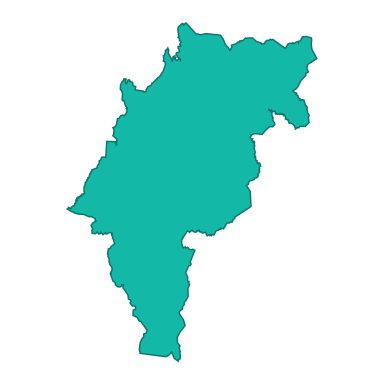 the district of Karaga, Northern, Ghana
{"feature_id": "2480657B76285553918092", "entity_name": "Karaga", "entity_type": "district", "adm_level": 2, "iso_a3": "GHA", "parent_name": "Ghana", "parent_adm1": "Northern", "projection": "natural_earth1", "projection_center": [-0.451, 9.918], "detail": "fine", "context": "isolated", "style": "filled", "palette": "teal", "viewbox_px": 384, "rotation_deg": 0, "n_neighbors": 0, "source": "geoboundaries", "source_scale": "gbopen_adm2", "svg_char_len": 5919}
<svg xmlns="http://www.w3.org/2000/svg" viewBox="0 0 384 384"><path d="M177.5,360.7L177.8,360.2L178.2,361.0L179.3,358.9L179.9,359.0L180.4,355.8L179.7,352.9L180.3,351.6L179.6,351.0L179.8,349.5L179.1,348.2L179.9,346.0L177.5,343.0L177.0,337.8L180.0,332.1L185.1,325.5L183.3,319.6L179.3,313.7L179.2,312.4L180.4,310.4L182.3,309.4L182.7,306.7L184.4,304.2L184.2,302.4L185.9,300.7L188.1,296.4L187.9,288.5L189.5,284.8L188.6,282.8L189.0,281.5L188.1,281.4L187.6,280.2L187.6,276.8L185.7,273.0L188.6,265.8L190.3,265.5L191.0,264.4L190.9,263.2L190.0,262.5L194.8,250.3L192.8,249.2L191.4,249.8L189.2,249.3L187.7,247.3L185.7,247.9L185.3,246.8L183.7,247.9L183.0,247.6L181.7,243.8L181.6,239.9L187.1,231.3L188.5,231.2L189.4,232.3L192.0,230.3L193.5,231.7L195.6,232.2L197.0,231.6L197.2,230.6L199.3,230.3L199.1,231.5L200.5,232.1L201.5,231.7L202.3,233.1L205.4,232.3L207.2,235.8L209.1,234.7L209.7,235.6L210.5,234.7L211.2,235.7L212.1,234.6L213.9,235.0L216.0,230.9L218.6,230.0L220.3,228.5L220.7,229.1L222.0,228.4L223.7,228.9L223.9,227.6L224.8,227.0L226.6,223.2L229.5,222.9L230.9,221.8L232.0,222.2L233.6,218.9L234.7,218.6L235.0,217.0L251.0,206.5L250.2,191.2L246.4,185.6L248.3,184.2L248.9,181.8L249.9,180.9L254.0,179.6L255.0,177.8L256.3,177.9L257.7,176.9L258.2,175.6L257.7,174.8L259.8,171.5L258.9,170.2L259.5,168.8L259.4,166.6L260.7,166.1L259.7,163.2L258.6,162.9L258.1,164.0L257.8,163.7L256.9,162.0L257.2,160.9L256.4,160.7L255.5,158.8L255.6,157.0L254.7,157.1L255.2,156.1L254.4,153.8L255.1,153.3L255.1,151.5L254.2,148.6L254.2,146.2L254.7,146.1L254.2,142.8L253.7,142.6L254.5,142.4L254.4,141.5L251.8,140.7L252.6,139.0L251.1,139.1L250.2,136.7L251.1,135.9L250.9,135.3L254.1,133.6L262.3,134.3L265.6,130.2L269.7,126.7L272.7,126.7L274.6,125.0L274.7,123.5L272.7,119.8L273.0,117.7L271.8,115.0L272.0,113.0L269.7,110.4L268.9,110.4L268.8,109.5L271.1,110.6L271.6,110.1L273.0,111.8L274.8,111.1L275.4,111.8L275.2,113.0L276.3,113.3L276.0,114.1L278.0,114.3L279.2,113.7L279.9,114.3L280.4,113.7L281.4,114.1L281.3,114.8L282.0,113.8L282.4,114.5L283.6,114.4L283.7,115.5L284.4,115.1L285.5,116.7L285.5,118.9L286.0,118.5L286.8,119.6L287.8,119.6L289.2,123.2L290.5,123.0L292.6,123.9L294.4,125.8L295.5,129.0L297.1,127.7L298.8,127.8L299.6,126.2L305.2,126.4L309.0,122.7L308.4,118.3L309.1,114.9L307.6,113.0L307.2,109.9L306.6,109.2L307.3,108.2L307.0,106.9L305.9,106.4L306.1,105.5L305.4,105.1L303.9,100.0L301.9,99.7L300.4,100.6L299.7,99.8L300.2,98.8L298.3,97.9L297.9,95.6L296.0,94.4L296.7,93.7L296.3,93.0L294.4,92.4L293.5,91.2L293.3,91.7L293.3,90.8L292.2,90.8L295.2,89.6L297.4,87.4L301.1,80.3L305.9,75.4L305.7,73.4L308.3,72.0L306.8,68.1L307.8,64.3L316.8,58.6L311.9,49.3L311.2,44.4L311.7,39.7L311.2,37.9L306.7,36.6L303.4,36.6L302.7,37.5L302.3,37.1L300.9,40.0L299.7,41.2L298.5,41.3L298.4,42.2L298.1,41.6L297.2,41.7L293.8,43.6L292.9,42.7L292.4,43.5L289.9,43.2L288.0,44.0L285.3,48.5L272.8,39.4L271.4,39.9L270.3,39.2L269.2,40.3L266.6,40.4L264.9,42.3L264.7,43.4L261.7,44.2L260.9,42.8L256.5,41.6L252.5,37.9L245.3,38.2L242.6,40.9L240.2,40.7L239.1,41.7L239.4,42.2L237.9,42.1L236.0,43.8L231.5,45.2L231.8,47.6L230.9,48.4L230.8,49.7L229.8,50.2L228.3,47.6L225.4,44.7L223.2,39.1L220.4,35.2L205.7,33.6L201.0,34.8L195.8,33.7L186.5,23.5L185.6,23.0L183.9,25.0L183.1,24.6L183.2,23.9L182.0,23.6L178.4,27.0L177.8,29.2L178.8,36.3L178.0,37.5L179.6,38.4L179.4,40.7L180.5,41.0L181.0,42.0L179.8,44.3L180.8,46.2L178.1,46.5L178.1,48.3L178.8,48.7L179.5,51.3L179.1,52.2L176.4,52.8L176.1,53.9L177.5,56.9L180.3,58.9L180.3,60.2L178.9,58.9L176.5,60.5L175.2,59.1L175.6,57.9L174.6,58.4L175.0,55.8L173.1,56.7L172.2,61.6L171.5,59.1L168.4,53.4L168.7,50.3L167.8,48.0L166.5,50.1L165.4,50.3L165.5,52.3L164.3,55.3L163.4,55.9L163.8,58.6L163.3,61.0L165.2,62.2L165.4,65.0L163.1,71.3L159.3,77.0L157.4,77.9L156.9,79.5L156.4,79.3L152.7,83.1L152.0,83.1L151.3,85.3L148.0,86.7L146.1,89.8L146.3,90.9L144.8,92.1L143.4,91.7L143.3,91.1L135.4,89.9L135.0,89.0L135.8,86.8L133.1,85.6L132.5,82.3L129.6,81.3L129.8,80.4L129.0,79.7L127.7,80.4L126.7,83.3L125.8,83.7L125.3,80.5L126.1,79.6L125.7,78.8L123.9,79.0L123.3,80.7L122.2,81.5L120.6,84.8L120.3,89.3L121.5,90.5L122.6,93.5L122.1,99.5L122.7,100.7L123.7,100.4L124.1,101.0L125.5,105.9L127.3,107.9L126.4,108.5L127.0,109.3L126.9,111.7L125.6,114.2L124.4,115.6L122.6,115.1L120.7,115.8L118.9,118.5L117.5,118.6L116.4,124.6L115.0,126.9L112.9,127.7L113.9,129.2L114.0,131.1L113.6,134.5L112.9,135.8L116.7,138.9L116.7,144.7L116.1,145.1L115.2,141.7L106.8,141.4L105.8,157.1L101.8,157.1L100.4,160.3L99.1,161.0L99.5,162.7L97.3,166.1L97.0,167.9L91.7,170.0L91.8,171.1L90.3,173.0L90.5,174.0L89.7,174.1L88.9,177.3L87.9,177.9L87.6,179.5L86.7,179.9L86.8,181.0L85.3,182.5L84.9,185.7L84.1,186.8L84.0,191.1L84.6,193.7L81.9,194.2L81.7,195.9L80.4,195.5L80.2,196.8L78.6,196.9L78.5,197.8L78.0,197.3L77.5,198.3L77.0,198.0L76.0,199.9L77.2,200.3L75.8,201.2L76.0,203.0L74.9,203.2L74.4,205.9L73.1,205.9L71.4,207.2L70.9,208.6L68.5,207.4L68.4,208.3L67.2,209.0L72.0,211.8L73.6,212.0L74.2,212.9L79.1,214.2L83.4,214.3L89.1,216.7L91.3,216.5L95.2,218.6L95.2,220.2L96.0,221.1L92.8,222.9L91.1,225.3L92.7,229.1L91.9,230.1L92.1,233.3L95.4,233.7L97.2,232.0L98.8,234.0L100.4,233.6L101.0,232.3L103.0,234.7L105.5,232.8L106.0,233.9L107.0,234.0L109.2,232.5L111.8,232.9L112.2,234.1L111.6,234.2L111.8,235.5L112.8,236.6L112.5,238.4L113.8,239.7L113.5,240.6L114.8,243.5L111.2,246.4L110.4,248.1L108.4,248.9L107.5,254.1L108.1,254.8L108.0,256.9L109.1,258.3L109.0,261.3L109.9,264.8L111.8,266.8L112.1,270.0L110.3,273.7L111.0,273.9L110.8,275.0L112.9,281.0L115.1,282.6L115.5,284.9L117.7,286.7L120.0,287.0L121.6,286.0L122.0,284.6L123.3,284.9L123.0,287.7L128.0,295.1L128.5,299.3L130.8,300.1L131.0,301.6L130.0,302.9L132.4,306.0L134.4,305.8L135.7,307.1L135.4,309.3L133.2,310.0L133.0,315.5L137.2,317.3L139.0,320.9L141.0,321.6L147.2,330.4L146.1,333.3L143.7,334.0L143.6,337.0L141.8,339.1L140.2,342.7L139.3,349.9L140.2,352.1L140.0,353.3L165.4,356.6L166.9,356.3L169.5,354.5L171.6,352.1L174.4,358.5L177.5,360.7Z" fill="#14b8a6" stroke="#0f766e" stroke-width="1.5"/></svg>